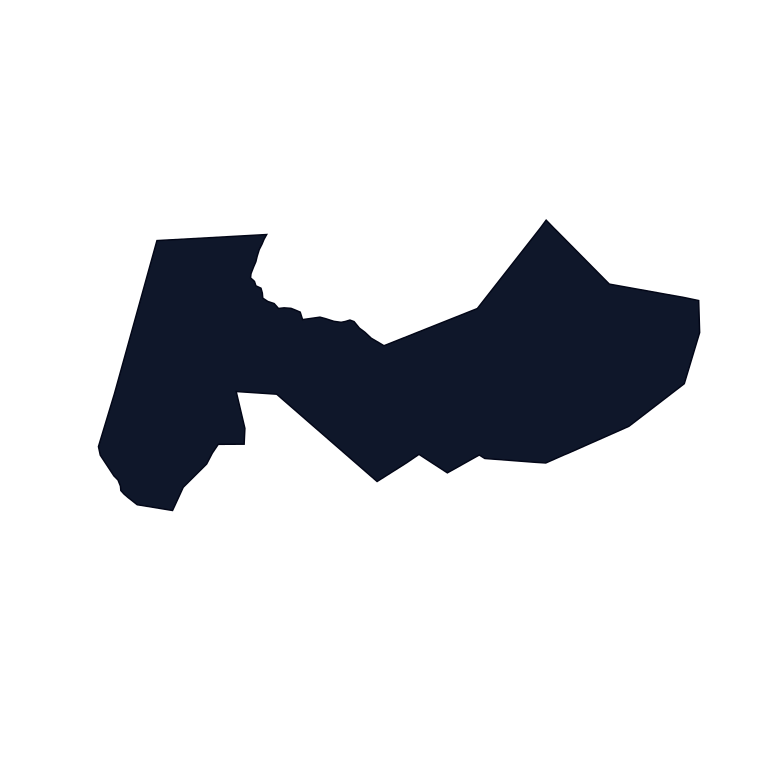 outline of Santa Cruz do Piauí, Piauí, Brazil, rotated 117°
{"feature_id": "56859067B17419756399770", "entity_name": "Santa Cruz do Piauí", "entity_type": "district", "adm_level": 2, "iso_a3": "BRA", "parent_name": "Brazil", "parent_adm1": "Piauí", "projection": "mercator", "projection_center": [-41.758, -7.235], "detail": "fine", "context": "isolated", "style": "filled", "palette": "ink", "viewbox_px": 768, "rotation_deg": 117, "n_neighbors": 0, "source": "geoboundaries", "source_scale": "gbopen_adm2", "svg_char_len": 1083}
<svg xmlns="http://www.w3.org/2000/svg" viewBox="0 0 768 768"><g transform="rotate(117 384 384)"><path d="M501.1,481.3L486.7,487.8L457.8,512.3L441.8,475.0L474.0,345.9L443.8,328.0L430.8,320.9L434.4,287.2L404.0,266.9L404.6,260.4L384.9,213.2L380.9,204.0L365.4,191.4L362.3,188.7L310.5,146.6L247.4,116.6L194.9,126.1L166.8,141.5L170.4,154.8L192.7,228.6L170.1,296.9L167.9,303.7L164.4,313.9L173.6,315.4L274.4,335.1L349.9,401.4L349.0,416.2L346.6,424.4L345.4,431.3L342.0,439.0L342.5,443.4L345.9,446.9L348.5,450.2L350.9,457.1L352.3,465.7L353.5,471.4L363.6,485.8L358.0,491.3L358.4,497.0L358.8,501.2L361.5,507.6L364.6,512.3L362.2,518.4L363.2,525.0L362.5,531.0L358.2,533.7L354.5,537.1L354.7,542.7L351.4,546.0L350.0,551.1L346.1,552.6L339.3,553.3L333.2,553.7L327.8,555.0L320.8,556.2L314.6,556.2L309.6,556.6L304.1,556.4L359.3,651.4L515.4,619.7L569.4,610.0L576.2,604.5L588.5,582.9L590.3,577.4L594.6,572.5L598.4,570.1L600.1,565.6L601.4,560.2L603.6,549.1L592.7,515.0L584.4,515.3L567.2,516.0L535.8,505.7L523.5,505.6L513.0,504.3L501.1,481.3Z" fill="#0f172a" stroke="#020617" stroke-width="1.5"/></g></svg>